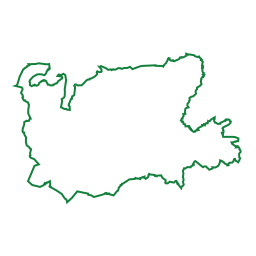 Maravatío, Michoacán, Mexico
{"feature_id": "50627088B79499737660914", "entity_name": "Maravatío", "entity_type": "district", "adm_level": 2, "iso_a3": "MEX", "parent_name": "Mexico", "parent_adm1": "Michoacán", "projection": "robinson", "projection_center": [-100.367, 19.89], "detail": "fine", "context": "isolated", "style": "outline", "palette": "green", "viewbox_px": 256, "rotation_deg": 0, "n_neighbors": 0, "source": "geoboundaries", "source_scale": "gbopen_adm2", "svg_char_len": 5749}
<svg xmlns="http://www.w3.org/2000/svg" viewBox="0 0 256 256"><path d="M111.0,69.4L108.1,69.8L105.9,68.2L101.0,66.1L100.0,66.9L99.3,66.8L101.4,69.3L101.6,71.4L101.2,71.9L99.2,72.2L97.4,71.3L97.0,71.5L96.7,72.3L97.1,74.3L95.1,76.3L91.5,78.4L89.8,78.7L89.5,79.5L88.0,79.5L86.7,80.2L81.7,85.3L77.6,85.4L75.8,84.4L74.8,84.7L74.2,85.8L75.0,86.9L75.0,88.2L74.2,95.2L72.1,96.4L71.9,98.8L71.1,98.8L68.8,104.4L68.7,105.5L69.0,105.9L69.3,105.8L69.7,107.1L69.8,110.0L66.8,109.5L66.3,108.9L64.7,109.1L61.0,107.3L62.1,101.4L61.7,99.0L63.3,98.2L64.3,97.1L64.7,96.0L64.9,91.5L64.7,89.3L66.1,80.4L65.3,75.1L63.3,73.8L61.2,75.0L59.1,75.1L58.8,74.5L58.5,74.7L57.5,76.0L61.6,76.5L62.3,77.3L62.2,78.3L58.2,81.2L56.9,83.3L55.0,83.7L54.3,84.5L53.2,84.6L53.0,85.3L50.3,85.4L48.3,84.4L47.9,84.6L45.9,80.9L45.1,80.8L44.7,80.2L44.0,80.6L43.5,80.3L43.4,80.8L42.8,80.6L41.9,81.4L41.6,81.1L39.3,82.9L38.5,84.7L37.3,85.5L36.4,85.7L34.8,84.7L34.3,85.5L33.2,85.2L31.8,86.2L29.9,85.1L30.0,82.4L29.5,81.6L30.1,80.0L32.9,76.9L36.7,74.6L39.5,74.2L41.8,74.4L44.3,75.2L44.8,74.9L46.3,73.0L46.7,71.3L48.7,69.7L48.2,69.5L48.6,69.2L48.5,68.6L49.7,68.2L49.1,64.1L46.2,64.3L38.8,63.3L35.4,64.0L28.5,64.2L29.2,65.3L26.9,66.3L26.5,67.3L25.1,67.8L23.1,69.6L19.7,76.6L17.4,84.3L16.5,85.5L15.4,85.9L21.7,87.4L22.3,88.1L22.6,89.3L21.0,92.9L22.7,95.3L23.0,96.9L22.4,97.5L23.5,99.9L24.1,100.5L25.0,100.3L25.4,101.2L28.2,102.6L28.3,103.7L29.0,104.8L28.3,109.4L28.2,113.4L30.6,118.6L29.7,118.6L29.1,120.7L27.2,121.0L26.8,120.7L24.3,122.0L24.2,124.5L22.7,128.8L22.6,131.6L23.1,132.4L24.2,132.6L24.0,133.2L24.7,135.2L26.0,137.3L25.9,141.9L26.7,145.4L29.4,147.3L29.7,148.4L31.1,149.2L30.1,153.0L30.4,155.4L29.8,155.7L29.9,156.8L30.8,157.8L34.2,159.1L38.8,164.4L34.5,165.8L28.0,181.2L32.2,185.0L40.0,186.9L43.7,185.2L44.5,183.6L45.2,184.0L45.3,183.0L46.5,183.2L47.1,182.3L47.8,182.5L49.9,181.2L50.3,184.7L49.6,186.1L50.5,186.7L50.2,187.0L56.1,190.2L61.7,193.9L64.8,198.5L66.4,199.5L67.1,202.3L72.0,197.8L77.2,191.4L88.1,193.6L88.2,194.7L91.4,195.4L93.8,197.0L102.0,194.8L104.6,193.9L104.9,193.3L105.8,193.1L105.7,193.5L107.1,193.5L107.1,194.0L108.0,193.9L107.9,193.5L109.3,193.6L109.2,194.2L113.6,195.4L117.0,191.1L118.1,190.6L118.9,187.5L120.4,186.0L120.6,185.0L121.5,185.1L121.9,183.9L122.3,184.0L129.4,179.4L134.9,178.9L135.4,177.9L136.9,178.6L137.5,178.4L140.0,179.0L139.9,178.2L142.6,177.5L142.6,177.2L144.1,177.7L144.0,176.8L144.5,176.6L144.5,177.7L145.6,178.8L147.9,177.4L148.8,175.2L148.5,174.9L149.1,173.9L149.9,174.4L154.8,175.0L155.0,176.0L155.4,176.1L156.7,176.3L156.9,175.7L157.4,175.6L161.2,175.4L162.4,177.8L165.5,180.0L165.7,180.9L165.2,182.6L165.8,183.3L167.8,183.3L169.7,181.7L173.9,182.6L175.6,181.0L176.4,180.9L177.0,182.7L177.4,182.6L177.5,183.9L178.2,183.9L178.3,184.4L178.6,184.4L178.7,185.0L181.2,188.2L181.6,186.7L183.4,185.3L183.7,184.4L182.9,181.9L183.5,180.4L183.4,178.3L182.9,177.4L183.4,173.5L182.9,170.9L184.1,168.3L185.0,168.6L187.3,167.1L190.6,167.3L190.9,166.4L192.7,165.6L192.8,164.5L193.8,164.6L193.5,163.4L194.6,161.4L195.4,161.1L202.9,167.2L203.9,166.5L205.8,166.4L209.3,169.7L212.5,168.5L212.8,167.9L212.5,167.3L215.5,167.5L218.3,165.8L220.0,162.3L220.1,160.4L221.8,160.9L221.8,161.3L223.9,162.3L224.3,163.3L227.2,164.6L227.3,165.4L228.6,165.2L228.6,163.7L229.4,162.8L232.4,162.5L233.4,161.2L234.0,159.3L234.5,159.3L234.9,158.0L234.8,159.1L236.0,161.0L236.9,161.3L238.1,162.3L239.1,160.7L240.1,158.2L239.3,157.4L239.1,153.7L240.6,151.9L240.5,150.4L239.5,149.6L239.6,148.6L238.7,147.2L236.1,147.4L236.9,146.2L235.9,146.3L234.4,145.5L231.9,143.6L231.5,142.4L233.1,142.4L235.0,141.5L235.7,141.8L236.8,141.1L238.2,141.1L238.4,138.4L235.1,137.1L233.5,136.9L223.2,136.9L222.8,134.8L223.0,133.7L222.5,133.9L222.5,133.3L221.8,133.0L221.8,132.8L223.0,133.1L223.6,131.9L223.6,131.2L223.0,130.4L223.3,129.6L222.5,128.4L223.2,127.4L228.6,124.7L230.5,122.9L230.8,121.5L229.8,121.2L229.6,120.0L228.2,119.3L226.9,119.9L226.6,119.6L225.6,120.6L225.3,120.1L225.0,120.7L220.2,123.0L220.2,123.8L217.7,123.9L215.3,122.3L215.0,122.5L214.1,120.9L214.1,119.6L213.4,119.7L214.6,119.1L214.7,117.3L210.8,119.7L210.2,120.8L208.8,121.4L208.1,121.0L207.6,123.3L206.3,123.1L205.4,123.9L205.4,124.2L204.3,124.1L204.6,125.3L202.1,125.0L202.3,126.0L198.3,128.0L198.0,129.3L198.5,129.9L197.7,130.0L197.6,129.3L196.9,129.5L196.9,130.5L195.3,130.8L195.1,131.6L193.7,131.9L190.8,129.9L190.5,129.2L191.3,129.3L190.8,128.5L190.1,128.0L189.7,128.4L189.1,127.6L189.9,127.7L189.1,126.0L185.5,126.4L185.2,124.4L183.6,124.0L183.3,122.2L182.9,121.6L182.2,122.1L181.0,120.5L181.5,120.2L181.6,118.8L182.6,118.6L182.5,117.6L183.6,116.0L183.3,114.1L184.1,114.3L185.3,113.8L184.8,113.1L185.2,112.1L185.0,110.7L185.4,108.8L186.2,108.0L188.5,107.4L187.3,105.4L187.6,103.6L189.1,101.9L189.3,100.4L189.8,99.9L189.5,97.9L191.2,96.8L193.2,96.3L195.7,94.1L196.0,93.4L195.6,92.0L195.7,90.8L197.0,89.1L197.0,87.6L199.8,86.0L201.5,84.1L201.0,82.5L200.9,80.6L201.4,79.5L201.1,79.0L202.6,76.6L203.3,77.0L204.4,74.9L203.1,74.4L203.8,73.7L203.8,73.2L203.4,73.3L202.5,71.6L202.3,70.5L202.6,69.0L201.9,68.3L202.1,67.3L203.1,67.2L203.0,66.1L202.2,65.9L201.9,65.2L202.4,64.3L202.3,63.0L202.9,62.0L201.9,60.8L201.9,60.0L200.9,60.0L201.1,58.7L200.2,58.2L199.1,56.7L198.9,57.1L197.1,56.9L195.0,56.2L194.3,55.3L189.9,54.5L188.3,54.4L188.0,54.8L187.3,54.1L186.3,53.7L186.1,55.8L185.1,56.4L183.1,57.4L181.8,57.6L181.7,57.1L179.9,57.5L179.7,58.5L179.0,59.1L174.0,61.3L172.8,60.9L172.8,60.3L171.0,60.7L169.8,59.7L169.6,58.3L168.6,58.1L167.8,59.0L167.7,60.1L165.9,63.2L164.3,64.7L163.3,66.5L162.7,66.0L155.5,65.8L155.5,65.3L142.4,65.9L140.1,66.3L132.5,69.1L129.9,66.8L127.6,67.9L124.1,68.0L121.7,68.9L120.0,68.1L118.2,68.2L115.6,69.5L114.3,69.7L113.3,69.7L113.1,69.3L111.5,70.1L111.0,69.4Z" fill="none" stroke="#15803d" stroke-width="2"/></svg>